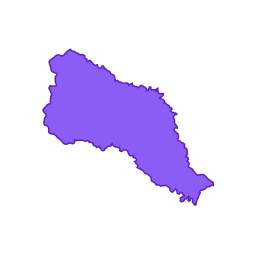 Lajeado Novo, Maranhão, Brazil (Mercator projection), rotated 215°
{"feature_id": "56859067B63412664256610", "entity_name": "Lajeado Novo", "entity_type": "district", "adm_level": 2, "iso_a3": "BRA", "parent_name": "Brazil", "parent_adm1": "Maranhão", "projection": "mercator", "projection_center": [-46.964, -6.103], "detail": "fine", "context": "isolated", "style": "filled", "palette": "violet", "viewbox_px": 256, "rotation_deg": 215, "n_neighbors": 0, "source": "geoboundaries", "source_scale": "gbopen_adm2", "svg_char_len": 5091}
<svg xmlns="http://www.w3.org/2000/svg" viewBox="0 0 256 256"><g transform="rotate(215 128 128)"><path d="M96.3,162.2L97.2,163.2L97.3,165.2L96.8,166.1L95.9,167.1L97.0,167.6L98.8,167.0L100.5,166.4L102.5,166.0L103.0,167.4L102.7,168.6L103.9,169.4L105.1,168.7L107.2,169.8L108.5,169.6L109.8,169.5L111.4,169.9L112.3,169.1L113.6,171.0L114.7,171.5L117.6,171.0L119.0,170.4L119.4,171.4L118.4,172.8L117.9,174.8L118.8,176.4L120.4,175.3L121.4,174.5L122.9,174.1L124.0,174.9L124.9,175.6L125.9,174.3L126.9,175.4L128.1,174.5L129.5,173.8L130.4,172.9L131.9,173.1L132.6,174.5L133.8,174.0L133.1,170.0L134.4,169.3L135.1,170.7L137.7,171.1L139.2,170.8L141.8,170.5L142.8,166.7L144.5,166.8L146.1,166.2L148.6,165.2L150.2,167.1L151.0,165.8L151.7,163.6L153.2,164.5L154.6,164.4L156.6,162.6L157.7,161.6L158.9,161.6L160.1,161.5L161.4,160.5L162.6,160.9L164.0,160.8L165.1,159.4L166.2,160.3L167.8,161.8L168.7,162.5L169.9,163.1L171.1,163.0L173.1,162.3L174.5,163.3L175.6,163.8L176.8,163.4L179.0,163.3L180.6,163.8L181.5,162.8L182.7,164.3L183.8,164.5L184.8,164.0L184.7,161.5L185.6,160.6L186.6,160.4L187.9,161.0L189.3,162.2L190.6,160.7L191.7,160.3L192.8,160.4L194.2,160.7L195.9,161.1L197.3,161.6L198.4,161.2L198.7,160.1L199.5,159.1L200.7,159.6L201.0,160.7L202.6,160.5L203.9,161.0L205.0,162.5L206.3,162.2L207.8,162.0L208.3,161.0L209.8,160.4L210.9,160.4L212.1,160.4L213.0,159.9L214.1,159.8L215.3,160.0L216.5,159.7L217.4,159.1L218.7,159.0L220.3,159.4L220.9,158.0L221.6,156.7L221.9,154.9L222.3,152.1L222.7,150.1L223.5,149.1L225.0,148.5L226.2,148.3L227.6,147.4L228.6,145.9L229.1,143.4L229.5,142.1L230.7,139.2L230.8,137.5L229.9,136.3L227.9,134.7L226.8,134.0L224.3,131.6L223.1,130.8L221.8,130.8L218.2,131.5L216.8,131.5L216.6,130.4L216.9,129.3L216.8,128.1L216.1,126.9L214.8,125.3L214.2,124.3L213.2,123.4L211.9,122.8L211.1,121.9L211.6,120.7L213.5,119.2L215.9,118.0L216.0,116.9L215.7,115.5L214.5,114.6L213.5,114.2L212.4,113.5L211.6,112.9L210.2,111.9L209.4,110.9L209.5,109.7L208.9,108.7L208.0,107.3L207.1,105.5L205.7,104.2L205.7,103.0L206.8,102.1L207.6,100.2L207.6,98.5L207.8,97.2L208.1,95.9L208.0,94.3L207.3,93.4L206.3,92.8L204.4,92.5L203.1,92.1L201.7,91.2L201.9,89.6L202.0,88.2L201.2,86.7L200.6,85.4L200.0,84.1L199.0,83.0L197.9,82.6L196.9,82.8L195.5,83.5L194.3,83.3L192.3,81.9L191.2,79.7L190.0,78.9L188.3,79.0L187.1,79.4L186.1,80.2L184.4,80.5L182.3,80.4L181.0,79.8L179.6,79.7L178.2,79.7L176.3,79.6L173.8,78.9L171.8,78.4L170.1,78.8L168.8,79.7L168.1,81.0L167.2,82.1L166.0,83.0L164.6,83.0L163.6,84.3L163.7,86.0L165.0,87.4L163.3,87.9L162.2,89.0L161.1,89.6L160.1,90.6L158.7,91.6L157.2,92.2L155.7,92.5L154.8,93.3L153.9,94.4L152.4,94.6L151.5,94.0L150.5,94.9L149.3,95.0L148.0,95.6L147.3,94.6L146.2,94.0L145.2,94.3L143.7,94.4L142.4,94.1L142.0,95.1L141.3,96.3L140.1,95.6L138.5,95.4L137.4,94.9L136.3,94.7L135.1,95.3L134.6,96.3L135.2,97.7L134.6,98.5L134.1,99.6L134.4,100.9L133.3,102.1L132.4,102.7L131.6,103.9L132.3,104.8L131.9,106.2L130.5,105.3L129.0,105.0L127.5,105.2L126.5,106.0L124.8,106.3L123.7,107.2L122.5,105.9L121.8,104.8L120.7,104.7L119.6,105.4L119.2,106.9L118.5,108.0L117.6,108.9L115.8,109.0L114.6,108.5L113.5,107.8L112.2,107.0L111.2,106.6L109.8,106.7L108.7,107.7L107.8,108.4L106.7,106.7L105.6,107.2L104.5,107.7L103.0,107.1L102.4,105.6L103.3,104.4L102.2,104.2L101.2,103.5L100.0,103.5L99.0,103.4L98.3,102.4L97.9,100.8L96.6,101.0L95.1,101.3L93.0,101.6L91.6,101.6L90.5,101.6L89.4,100.8L87.9,100.7L86.8,101.0L85.6,101.6L84.0,101.3L82.4,101.2L81.1,100.8L80.0,99.9L79.1,98.7L77.8,98.0L76.2,98.5L74.3,98.4L73.0,97.9L71.7,97.6L70.8,98.8L69.5,99.1L67.8,99.1L66.8,100.5L65.4,101.4L64.7,102.5L63.4,102.8L62.0,102.8L59.8,102.9L58.6,102.0L57.6,100.9L56.1,100.7L54.7,100.8L54.5,102.3L54.3,103.4L54.5,104.5L53.8,105.4L52.3,104.7L51.1,103.9L50.3,102.7L49.0,102.9L48.1,103.3L48.0,104.6L47.4,105.9L46.2,106.0L44.8,104.9L43.4,105.1L42.8,104.3L43.6,103.4L44.3,101.9L45.1,100.7L44.0,99.7L43.7,98.6L42.1,98.1L41.2,99.2L40.5,99.9L40.6,101.0L40.8,102.8L39.5,103.5L39.4,105.0L39.4,106.8L38.2,106.6L37.9,104.6L37.3,103.1L36.0,103.0L35.6,104.2L36.1,105.5L35.8,106.6L34.7,107.2L33.6,105.8L32.7,104.3L31.4,104.1L30.0,103.3L29.0,103.2L28.3,104.3L29.0,105.1L29.5,106.3L29.9,107.6L30.3,108.8L30.5,111.0L31.4,113.4L31.4,114.7L31.6,116.3L32.8,116.3L32.7,118.9L31.5,119.8L30.6,121.1L30.0,122.0L29.7,123.4L29.7,124.6L27.2,127.4L26.9,129.1L25.2,129.8L26.3,131.3L27.3,132.3L29.0,132.0L30.5,132.0L31.7,132.1L33.4,132.2L34.9,132.5L36.1,132.8L37.5,133.0L38.6,133.3L39.9,132.9L41.1,132.0L42.3,130.8L43.2,130.0L44.1,129.4L45.8,129.2L48.1,130.0L49.4,130.3L50.8,131.0L52.4,131.3L53.8,131.1L55.4,130.7L56.5,131.3L57.2,132.9L57.4,134.0L58.7,134.7L60.7,135.0L60.5,136.8L61.4,137.9L62.8,138.2L64.1,137.5L64.3,138.8L64.2,140.5L65.2,141.4L66.3,142.8L67.4,144.3L68.7,144.7L70.4,144.3L71.2,145.2L71.7,146.3L72.5,147.3L73.5,147.1L74.7,147.2L76.0,146.7L77.9,147.0L79.5,146.6L80.9,146.9L81.0,148.5L81.6,149.8L82.9,151.1L84.1,152.0L85.8,152.0L87.5,152.3L89.1,152.6L89.8,154.1L89.3,155.4L87.6,156.2L88.7,157.4L89.9,157.8L91.8,158.2L93.2,159.2L94.1,160.8L94.9,161.4L96.3,162.2ZM126.9,175.4L125.7,176.6L126.4,177.6L126.9,176.6L126.9,175.4Z" fill="#8b5cf6" stroke="#5b21b6" stroke-width="1.5"/></g></svg>